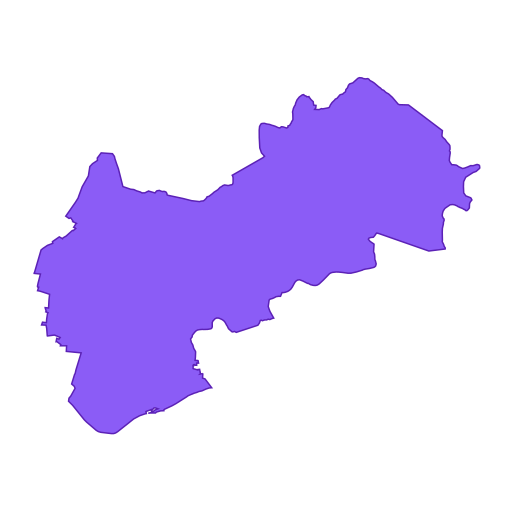 Acula, Veracruz, Mexico (Natural Earth projection), rotated 91°
{"feature_id": "50627088B79823252153906", "entity_name": "Acula", "entity_type": "district", "adm_level": 2, "iso_a3": "MEX", "parent_name": "Mexico", "parent_adm1": "Veracruz", "projection": "natural_earth1", "projection_center": [-95.798, 18.563], "detail": "fine", "context": "isolated", "style": "filled", "palette": "violet", "viewbox_px": 512, "rotation_deg": 91, "n_neighbors": 0, "source": "geoboundaries", "source_scale": "gbopen_adm2", "svg_char_len": 5999}
<svg xmlns="http://www.w3.org/2000/svg" viewBox="0 0 512 512"><g transform="rotate(91 256 256)"><path d="M332.7,274.4L325.2,252.9L322.9,251.4L320.4,250.6L320.1,249.6L320.6,248.5L319.8,246.3L319.7,244.1L319.2,243.3L319.0,242.3L319.3,241.1L318.1,238.4L317.8,237.2L311.1,241.1L308.3,242.2L306.2,242.9L299.9,242.1L299.3,241.7L298.8,240.9L298.3,239.1L297.7,237.7L297.0,236.3L296.4,235.5L295.9,232.8L295.9,230.8L292.1,229.3L292.1,227.7L291.7,226.0L290.8,223.6L289.8,222.1L288.5,220.6L286.5,219.2L281.7,216.7L280.3,215.5L279.3,214.0L279.0,212.0L280.3,208.5L282.2,204.6L282.5,203.9L282.4,203.3L283.7,201.0L284.4,198.0L284.4,195.7L284.0,194.2L282.8,192.3L278.8,188.2L272.5,182.3L271.7,181.1L271.1,179.5L270.6,175.7L270.6,173.3L270.9,169.6L271.6,163.6L271.5,160.7L270.2,155.3L268.3,149.5L267.8,148.6L267.2,146.5L266.5,142.4L265.3,137.9L264.7,137.0L263.9,136.2L261.8,135.7L258.8,136.5L257.4,137.1L254.7,137.2L252.1,137.5L249.8,138.5L242.2,138.2L241.6,138.6L241.4,139.2L239.3,142.3L237.2,144.0L236.1,143.3L235.5,141.6L235.2,139.0L233.8,137.8L231.0,135.9L230.8,136.2L231.4,133.6L248.0,83.3L245.7,67.0L244.7,66.9L243.0,68.0L241.2,68.6L238.5,70.0L236.9,69.9L228.8,70.2L225.0,70.1L220.7,69.2L219.2,69.2L216.9,68.5L215.6,68.7L214.8,69.5L212.9,70.4L212.0,70.5L210.2,70.3L207.9,69.7L205.3,68.1L204.6,67.3L201.4,62.8L201.1,60.3L201.4,58.3L202.5,55.7L203.2,54.7L203.6,53.5L204.0,52.9L204.3,51.8L205.0,50.1L205.6,49.2L206.0,48.0L206.7,47.4L207.0,46.9L207.0,46.0L206.1,44.9L204.2,43.5L200.0,43.4L198.4,42.8L196.2,41.1L194.4,42.0L194.0,42.5L192.2,47.3L189.3,49.4L183.0,49.8L178.1,49.7L173.6,47.7L168.7,40.3L167.6,37.4L164.7,34.2L164.1,33.8L162.2,34.0L161.5,34.2L161.0,35.0L160.6,36.6L161.9,40.5L161.9,43.0L163.3,46.0L164.5,49.1L164.9,51.0L163.1,55.1L162.2,56.2L161.6,57.4L161.3,60.4L161.3,61.9L158.7,63.7L157.1,64.4L154.1,64.2L149.6,63.6L148.2,63.8L147.6,64.4L146.5,64.2L146.1,63.9L144.4,63.9L142.3,64.1L141.3,64.7L138.4,67.4L136.2,68.9L134.5,70.9L133.4,71.9L132.2,72.2L127.4,71.8L102.3,106.2L102.2,115.3L101.7,116.5L95.0,122.4L91.6,126.3L90.3,128.8L89.0,130.3L88.1,131.2L87.5,132.9L85.9,134.5L84.7,136.3L81.1,140.6L79.8,142.6L78.5,145.2L77.3,146.2L76.7,147.3L77.0,149.5L76.7,151.8L76.1,153.1L75.9,155.8L76.6,157.3L81.2,162.2L82.3,165.4L83.6,166.5L86.3,167.5L88.0,169.0L90.2,169.4L91.6,171.2L92.7,172.3L92.9,173.6L93.5,175.0L96.9,177.7L97.8,179.5L98.8,180.2L101.2,182.6L103.6,184.2L106.1,185.3L106.6,186.4L107.7,191.8L107.5,193.2L108.5,195.4L108.4,199.9L106.8,198.8L104.4,198.6L104.1,201.0L100.7,201.5L98.4,204.0L97.4,204.6L96.6,205.6L95.7,205.8L95.9,208.1L95.2,208.7L94.7,210.4L93.8,211.1L94.1,212.6L96.3,215.5L99.2,217.7L102.4,219.0L104.3,219.4L105.7,220.3L107.8,221.2L111.4,222.0L113.0,221.7L117.7,221.5L119.1,221.5L121.3,222.8L122.7,223.3L123.7,224.1L124.8,224.6L125.4,226.3L126.9,226.4L127.5,227.6L126.4,231.3L126.3,232.9L127.6,234.4L127.2,236.2L126.0,238.9L125.3,241.1L125.1,242.1L124.2,244.7L123.8,247.7L123.2,249.8L123.3,251.7L123.6,253.0L124.5,253.7L126.4,254.7L130.0,255.0L137.7,254.8L147.9,254.1L152.8,252.3L156.1,249.2L157.6,250.8L175.7,281.2L176.8,280.6L178.1,280.3L182.3,280.2L183.6,280.3L184.6,280.7L185.2,281.4L185.4,282.9L185.9,284.2L186.0,285.3L185.5,288.7L186.2,290.4L187.3,291.8L187.9,293.0L190.4,295.3L193.1,299.3L194.3,300.5L197.1,304.0L197.7,306.0L198.8,306.5L199.7,307.2L201.2,308.7L201.8,309.6L202.1,311.9L202.6,313.4L201.8,321.4L199.8,329.9L196.8,345.2L196.4,346.0L195.3,346.1L193.8,346.9L193.1,348.3L193.0,349.6L193.2,350.4L192.8,352.2L192.1,353.7L192.4,355.5L192.7,356.5L194.7,358.1L192.9,364.7L193.3,365.1L193.5,365.9L194.0,366.6L194.8,368.3L194.9,371.1L194.0,372.8L192.9,376.6L191.7,379.3L191.4,382.6L188.9,390.3L171.2,395.1L165.9,397.1L161.0,398.8L158.9,399.3L156.2,401.3L155.6,412.6L160.8,416.4L163.2,416.2L166.6,421.1L169.5,423.7L178.9,425.0L189.8,431.0L199.3,434.3L201.2,434.9L205.5,437.5L219.5,446.9L221.7,443.6L221.1,441.9L224.6,439.4L224.9,439.7L226.5,436.1L226.9,436.6L230.5,438.8L231.2,437.1L231.3,437.0L231.6,436.7L233.8,439.2L233.6,439.6L233.9,440.3L239.4,446.2L240.8,448.6L241.8,449.9L242.0,449.9L240.3,453.0L245.2,459.8L246.9,459.4L249.0,464.7L252.1,469.1L253.7,471.0L277.1,477.4L277.2,478.2L277.8,471.2L286.9,473.4L290.1,474.0L290.8,473.8L291.0,472.8L294.5,473.8L294.8,471.9L295.5,469.4L297.9,461.7L303.3,462.2L311.6,462.5L311.3,465.9L312.3,465.7L314.8,464.8L315.5,465.2L316.3,463.0L317.4,463.5L322.7,464.2L326.3,464.4L325.9,468.3L328.7,469.2L328.8,464.7L332.1,464.0L339.5,463.3L339.6,463.1L338.6,456.4L338.7,455.7L340.9,450.4L342.6,451.6L341.8,453.8L345.2,454.4L345.1,453.6L348.0,449.6L349.2,450.0L349.1,443.8L354.7,444.0L355.9,429.1L372.9,434.0L376.8,434.8L377.5,435.3L387.2,438.1L389.5,435.4L391.5,434.6L399.2,438.7L401.4,440.5L404.5,440.9L408.4,436.8L422.8,424.8L425.1,422.4L433.1,412.7L434.3,410.6L435.0,408.1L436.1,397.2L436.0,395.1L435.4,393.3L434.1,391.3L421.0,375.4L417.7,369.5L415.8,364.3L415.5,362.9L413.4,363.3L411.8,359.1L411.4,358.2L412.4,358.1L412.8,357.8L410.2,355.9L409.7,355.2L409.6,354.1L410.5,351.3L412.0,354.9L412.4,355.0L413.3,356.2L414.4,358.4L415.1,361.0L414.8,358.8L414.7,353.7L413.8,352.9L412.5,348.6L412.3,345.4L411.4,345.4L410.8,344.7L407.3,337.5L405.0,333.5L398.3,323.3L396.8,321.3L394.3,315.6L393.5,313.0L392.5,310.7L391.8,307.7L389.9,303.7L388.8,300.6L388.5,298.0L379.8,304.8L379.0,307.3L374.3,307.1L374.5,307.2L375.0,309.8L374.8,309.6L373.3,309.7L373.3,309.8L370.3,310.4L370.6,312.6L370.9,312.5L369.7,316.9L366.8,317.0L366.8,316.5L365.8,316.6L365.6,315.9L365.7,315.4L366.3,315.0L366.3,313.4L364.1,313.5L364.1,311.6L361.6,312.1L361.5,312.4L361.4,315.1L358.2,314.8L353.1,314.7L352.5,314.8L349.3,316.7L346.1,317.6L343.6,319.1L340.1,320.0L338.1,318.5L336.2,318.2L333.6,316.2L332.2,315.0L331.0,313.2L330.6,311.2L330.3,308.3L330.4,307.5L330.2,303.2L329.8,301.0L329.5,299.7L328.6,298.8L327.5,298.5L323.3,298.6L321.7,297.9L319.4,295.8L318.7,294.3L318.7,292.4L319.1,291.2L320.2,288.7L321.4,287.0L322.9,285.7L325.6,284.2L326.4,283.6L329.2,282.2L332.2,278.7L332.3,277.9L331.8,276.2L332.7,274.4Z" fill="#8b5cf6" stroke="#5b21b6" stroke-width="1.5"/></g></svg>